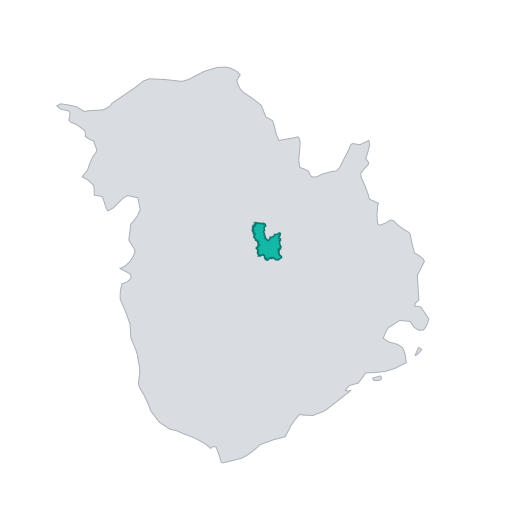 Baray, Kâmpóng Thum, Cambodia shown in context, rotated 258°
{"feature_id": "14789045B44673491264626", "entity_name": "Baray", "entity_type": "district", "adm_level": 2, "iso_a3": "KHM", "parent_name": "Cambodia", "parent_adm1": "Kâmpóng Thum", "projection": "albers", "projection_center": [105.123, 12.367], "detail": "fine", "context": "in_parent", "style": "filled", "palette": "teal", "viewbox_px": 512, "rotation_deg": 258, "n_neighbors": 0, "source": "geoboundaries", "source_scale": "gbopen_adm2", "svg_char_len": 8154}
<svg xmlns="http://www.w3.org/2000/svg" viewBox="0 0 512 512"><g transform="rotate(258 256 256)"><path d="M444.3,92.4L445.5,96.5L442.5,104.5L439.2,111.7L433.1,118.0L432.8,122.7L430.8,136.5L431.7,140.8L433.2,144.6L435.2,146.6L440.7,160.0L445.7,172.3L450.6,182.3L451.5,188.7L447.2,204.8L442.2,219.7L442.7,227.1L445.0,234.5L447.5,244.4L448.5,257.0L447.2,265.2L444.9,270.4L440.5,275.6L436.6,278.3L431.9,273.9L428.1,273.8L423.1,275.1L419.2,277.2L411.2,285.0L402.3,292.5L390.0,294.5L385.2,300.1L380.0,300.9L370.3,301.2L363.9,302.6L364.2,305.4L363.7,318.5L363.9,321.6L362.9,322.5L358.5,322.9L351.0,320.9L340.8,317.7L333.6,317.2L329.9,322.9L327.7,325.2L325.0,325.5L322.1,326.6L321.1,329.1L320.9,332.3L322.3,337.8L322.9,346.5L322.5,352.5L325.2,356.2L340.7,368.8L345.3,372.0L345.9,373.9L343.2,380.7L345.6,390.4L340.8,390.2L332.6,386.1L328.7,383.6L324.0,385.6L322.4,385.2L319.2,380.5L315.0,375.6L310.8,375.3L301.7,377.3L292.5,378.6L289.0,378.6L287.5,379.5L282.2,386.7L279.9,385.5L270.6,382.7L262.1,381.7L260.3,383.5L261.3,389.4L263.2,395.2L262.1,397.6L257.4,400.6L251.2,406.1L247.4,410.3L244.8,411.4L235.4,411.2L226.0,411.7L222.3,415.7L218.7,418.8L215.7,419.6L203.4,409.7L179.1,406.2L176.5,401.8L174.2,400.9L171.9,406.6L158.5,412.0L152.9,408.7L148.8,404.6L149.5,399.8L153.4,395.8L160.0,393.0L163.1,383.0L158.2,370.2L153.7,366.4L149.1,363.4L144.2,368.2L140.0,376.3L135.6,380.5L129.5,381.4L120.6,381.0L117.2,368.8L116.2,358.3L117.5,346.4L118.9,339.3L110.4,329.5L110.0,320.3L105.9,315.4L104.7,317.9L104.8,320.5L103.6,318.6L90.3,291.3L88.2,278.6L90.6,268.9L92.0,265.7L88.1,260.5L82.7,254.7L73.1,247.0L72.6,234.9L70.6,220.7L67.7,215.9L63.4,207.1L61.1,199.8L60.5,180.6L61.7,179.1L68.5,178.6L77.3,177.3L78.7,174.3L77.2,171.7L82.8,167.4L90.9,158.0L97.2,148.1L101.7,141.9L104.5,135.7L113.5,126.9L126.0,121.0L134.4,119.6L143.2,117.6L151.6,114.7L155.6,114.4L166.0,118.0L171.6,119.0L177.5,119.0L183.7,119.4L189.0,119.0L201.8,116.6L215.4,118.6L227.5,117.1L242.5,114.2L249.8,116.0L256.5,118.9L257.5,124.7L259.0,127.4L261.2,129.5L264.2,129.5L268.0,125.4L271.2,121.2L272.3,120.4L272.4,122.5L274.0,127.0L276.9,131.5L279.8,134.5L284.6,138.4L287.7,138.6L298.0,134.9L313.4,140.2L315.2,143.0L320.1,148.5L325.6,152.4L337.5,152.6L341.8,142.9L339.7,137.0L332.8,126.7L330.9,120.6L333.1,119.5L344.7,118.3L346.6,117.1L349.1,110.4L352.2,111.1L358.6,112.0L365.4,107.4L369.4,102.5L371.6,104.7L374.0,108.1L376.6,110.0L381.5,112.9L386.9,116.9L390.3,120.9L393.0,122.4L399.8,121.3L401.7,121.4L405.6,116.5L408.4,113.9L410.8,114.6L414.3,114.5L421.4,108.3L425.4,102.6L427.7,101.1L434.1,103.8L436.7,103.2L440.3,95.4L444.3,92.4ZM112.8,352.7L111.5,353.4L110.2,353.3L108.9,352.2L109.1,347.8L110.0,345.2L112.2,344.7L112.8,352.7ZM132.8,395.9L130.1,398.8L125.8,392.7L125.8,391.0L132.8,395.9Z" fill="#d9dde1" stroke="#a8b0b8" stroke-width="1"/><path d="M260.5,282.3L260.6,282.0L262.8,281.7L263.4,281.7L263.7,281.9L264.6,281.9L264.7,282.0L265.1,281.9L265.9,282.0L266.1,282.0L266.1,283.2L266.4,283.3L266.8,283.3L267.2,283.4L267.2,283.2L268.0,283.1L268.1,282.6L268.6,282.2L269.2,282.2L269.5,282.1L270.0,282.3L270.1,282.8L270.5,282.7L270.9,282.9L270.9,283.5L271.2,283.6L271.6,284.1L272.4,283.9L272.7,284.2L272.7,284.3L273.1,284.5L273.3,284.0L273.7,283.6L272.8,280.6L272.8,279.9L273.2,278.9L273.2,278.7L272.8,278.3L272.3,278.0L271.5,277.2L271.1,276.1L271.3,275.4L270.9,274.8L271.1,274.1L271.3,273.7L270.7,273.7L270.2,273.6L269.8,273.3L269.6,272.5L268.6,271.6L268.4,271.0L268.6,270.7L268.9,270.7L269.3,270.5L269.4,270.2L269.6,270.1L270.0,270.0L270.3,269.8L270.5,269.9L271.2,269.1L271.1,268.7L271.2,268.4L271.3,268.4L271.7,268.8L271.9,268.7L272.1,268.6L272.4,268.7L272.8,269.1L273.2,269.0L273.5,269.0L274.3,268.9L274.5,268.4L275.0,268.3L275.6,268.7L276.3,268.9L277.1,268.5L277.7,268.6L278.0,268.5L278.3,268.5L278.6,268.7L279.2,269.6L279.3,269.7L280.0,269.6L280.7,269.7L282.2,269.8L282.4,270.3L283.0,270.5L283.2,270.8L283.2,271.2L283.3,271.7L283.6,271.7L283.8,271.8L284.1,271.7L284.4,271.7L285.2,271.5L285.2,271.3L285.8,271.0L285.8,270.6L286.0,270.4L285.9,270.4L286.0,270.3L285.9,270.2L286.0,270.1L285.9,270.0L286.1,269.9L286.0,269.5L286.3,269.4L286.2,269.4L286.4,269.1L286.4,268.8L286.5,268.6L286.6,268.1L286.8,267.8L286.6,267.7L286.8,267.1L287.0,267.1L287.1,266.9L287.2,266.6L287.2,266.3L287.2,266.2L287.6,265.9L287.6,265.5L287.7,265.2L287.8,265.1L287.8,264.6L287.7,264.5L287.7,264.4L288.0,264.0L288.0,263.7L288.3,263.6L288.6,263.2L288.3,263.0L288.5,262.9L288.3,262.8L288.3,262.7L288.6,262.6L288.4,262.6L288.4,262.3L288.2,262.3L288.1,262.2L287.8,262.3L287.9,262.0L288.1,261.7L287.6,261.9L287.4,261.9L287.2,261.5L286.8,261.8L286.7,261.7L286.9,261.5L286.8,261.3L286.3,261.4L286.2,261.0L285.9,260.9L286.1,260.7L285.9,260.2L286.3,260.1L286.6,259.6L286.4,259.4L286.1,259.4L286.0,259.8L285.7,259.6L285.5,259.8L285.6,259.1L285.4,259.4L285.0,259.7L284.9,258.9L284.9,258.6L284.2,258.7L284.2,259.0L283.9,258.5L283.4,258.6L283.1,258.7L282.8,258.4L282.8,258.8L283.0,259.0L282.9,259.1L282.4,259.0L282.5,258.5L282.3,258.4L282.0,258.4L281.8,258.8L281.5,258.9L281.4,258.8L281.6,258.5L281.5,258.3L281.4,258.6L281.0,258.4L280.7,258.6L280.4,258.5L280.4,258.1L280.1,258.2L280.0,258.3L280.1,258.5L279.9,258.7L279.3,258.5L278.9,258.3L278.8,258.1L278.0,258.7L278.3,259.1L278.3,259.4L278.1,259.2L277.9,258.8L277.7,258.8L277.2,258.9L277.3,259.1L277.2,259.1L277.0,258.7L276.8,259.2L276.7,259.2L276.7,258.9L276.3,258.6L275.8,258.6L274.7,257.3L274.9,258.0L274.6,258.1L274.3,258.0L273.7,258.5L273.7,258.8L273.1,258.7L272.6,258.9L272.2,259.3L271.6,258.9L271.4,259.0L271.0,259.5L270.9,259.6L271.1,259.9L271.1,260.1L270.8,260.4L270.3,260.7L270.0,260.7L269.8,260.6L269.7,260.9L269.6,260.6L269.3,260.5L269.0,260.7L269.0,260.9L268.9,261.1L268.7,261.1L268.5,260.7L268.3,260.7L268.1,260.6L267.7,261.1L267.2,260.9L267.1,261.2L266.8,261.3L266.5,261.2L266.5,260.9L266.2,260.9L266.2,260.7L265.9,260.9L265.8,261.4L265.6,261.2L265.7,260.5L265.4,260.6L265.6,260.1L264.7,259.7L264.4,258.9L264.2,259.1L263.9,259.2L263.6,259.0L263.5,258.6L263.7,258.3L263.5,258.2L263.8,258.0L263.5,257.8L263.1,258.0L262.8,258.2L262.9,258.4L262.0,258.8L261.9,259.0L261.5,259.4L261.3,259.3L261.0,259.0L260.7,259.4L260.2,259.3L260.0,259.0L259.7,258.8L259.8,258.6L259.5,258.4L259.3,258.1L258.9,258.0L258.5,258.2L258.4,258.5L258.3,258.3L258.1,258.2L257.9,258.2L257.9,258.5L257.7,258.6L257.2,258.6L257.0,258.9L256.6,258.8L256.4,259.1L256.2,258.9L256.1,259.1L255.9,259.0L255.7,259.1L255.6,258.9L255.5,259.4L255.4,259.4L255.6,260.0L255.4,260.0L255.2,260.3L255.7,260.6L255.4,261.5L255.9,262.4L256.0,263.0L255.6,263.0L255.4,263.3L255.4,263.5L255.2,263.5L255.1,263.9L254.9,263.9L254.6,264.4L254.4,264.4L254.0,264.2L253.6,264.4L253.3,264.4L253.1,264.1L252.7,264.1L252.6,264.3L251.6,264.2L251.5,264.5L251.5,264.8L251.4,265.0L251.6,265.3L251.3,265.3L251.3,265.2L251.2,265.4L251.0,265.2L250.8,265.2L250.9,264.8L250.7,264.7L250.6,264.9L250.3,265.0L250.2,265.1L250.0,265.3L249.8,265.7L249.8,265.8L249.7,265.9L249.7,266.3L249.6,267.0L250.2,267.4L250.5,267.4L250.6,267.8L250.4,267.9L250.4,268.1L250.5,268.2L250.3,268.3L250.6,268.3L250.7,268.7L250.9,268.8L251.0,269.3L250.8,269.8L250.8,270.1L251.0,270.1L250.8,270.3L251.1,270.3L251.2,270.5L251.3,270.8L251.2,271.0L251.1,271.4L251.0,271.5L250.9,271.4L250.7,271.6L250.8,271.8L250.6,271.8L250.6,272.0L250.9,272.2L250.8,272.8L250.5,273.0L250.0,273.0L249.8,273.1L249.1,273.8L248.9,274.1L248.5,274.2L248.5,274.6L248.4,274.6L248.4,274.9L248.3,275.0L248.1,275.5L247.8,275.7L247.9,276.5L247.6,276.8L247.6,277.2L248.0,277.4L248.4,278.9L249.2,280.3L249.2,280.7L249.6,280.8L250.0,280.8L250.9,280.3L251.3,280.2L251.3,279.7L251.5,279.6L251.6,279.4L252.2,279.2L252.5,279.2L252.6,278.9L253.3,279.0L253.6,279.2L254.3,279.0L254.7,279.2L254.8,278.9L255.0,279.1L255.3,279.0L256.0,279.3L255.9,278.9L255.9,278.7L256.5,278.7L256.5,278.8L256.9,279.1L257.1,279.2L257.1,279.3L257.4,279.4L257.2,279.5L257.5,279.7L257.5,279.8L257.4,279.9L257.6,279.9L257.6,280.0L257.6,280.4L257.8,280.3L257.7,280.5L257.9,280.5L258.1,280.5L258.3,280.8L258.5,280.9L258.4,281.0L258.6,281.1L259.0,281.4L258.9,281.5L259.1,281.5L259.3,281.7L259.2,281.8L259.3,281.9L259.5,282.2L259.7,281.9L259.9,281.9L260.0,282.1L260.3,282.3L260.5,282.3Z" fill="#14b8a6" stroke="#0f766e" stroke-width="1.5"/></g></svg>